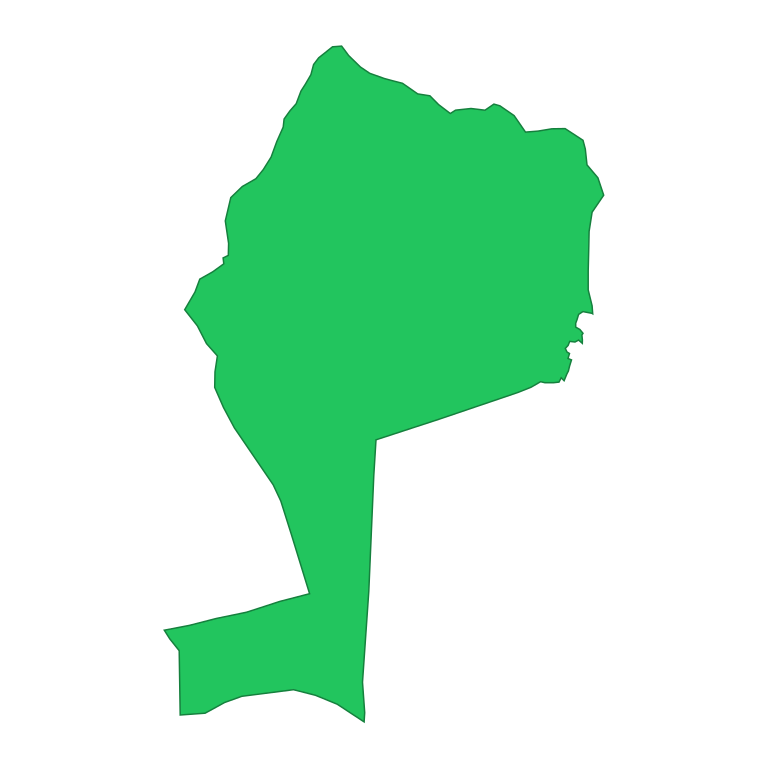 outline of Moniatis, Limassol, Cyprus, rotated 180°
{"feature_id": "46923920B35123648291300", "entity_name": "Moniatis", "entity_type": "district", "adm_level": 2, "iso_a3": "CYP", "parent_name": "Cyprus", "parent_adm1": "Limassol", "projection": "robinson", "projection_center": [32.9, 34.886], "detail": "fine", "context": "isolated", "style": "filled", "palette": "green", "viewbox_px": 768, "rotation_deg": 180, "n_neighbors": 0, "source": "geoboundaries", "source_scale": "gbopen_adm2", "svg_char_len": 1661}
<svg xmlns="http://www.w3.org/2000/svg" viewBox="0 0 768 768"><g transform="rotate(180 384 384)"><path d="M175.3,454.2L175.9,462.2L179.8,478.1L179.8,497.0L179.2,521.6L178.9,536.6L175.9,555.8L164.3,572.8L170.1,590.2L181.0,603.1L182.7,619.0L185.0,627.7L202.9,639.4L216.1,639.2L230.0,636.9L242.5,635.9L253.9,652.4L268.1,662.2L274.1,663.9L283.0,657.8L289.5,658.6L297.0,659.5L311.0,658.0L312.5,657.8L317.7,654.5L329.4,663.4L338.1,672.2L350.3,674.1L365.5,684.7L375.2,687.2L383.7,689.5L398.3,694.7L407.6,701.0L419.4,712.5L423.3,717.8L426.4,721.9L435.5,721.2L449.3,710.2L454.4,703.5L457.1,693.3L462.7,683.7L467.0,677.0L471.8,664.3L478.1,657.1L483.9,649.0L484.8,640.9L491.2,626.5L496.9,610.9L504.8,598.3L512.1,589.3L525.7,581.5L537.2,570.4L542.7,547.1L539.4,524.6L539.7,512.6L544.9,510.1L544.2,504.2L555.4,496.1L568.2,488.9L573.0,476.0L583.3,458.3L570.6,442.1L561.5,424.4L550.6,412.1L553.0,396.2L553.3,380.6L544.5,360.5L533.6,340.1L494.8,283.2L487.2,267.0L476.3,232.5L458.4,174.3L488.1,166.6L521.4,155.8L551.8,149.5L578.7,142.6L603.7,137.8L598.2,129.1L588.8,117.3L587.8,53.0L562.9,54.8L543.4,65.5L526.2,71.7L474.5,78.3L452.5,72.7L430.8,63.8L403.9,46.1L403.3,55.3L405.5,85.8L399.2,176.8L394.2,292.6L392.0,328.2L328.6,348.9L249.9,375.6L236.9,380.8L227.4,386.3L223.2,385.3L214.3,385.3L209.0,385.9L206.8,390.2L203.9,387.3L201.1,394.1L199.6,397.0L198.4,402.0L196.5,408.1L200.0,409.5L198.5,414.5L201.0,416.0L202.7,419.6L199.9,422.6L198.3,426.6L193.0,426.0L189.4,427.9L185.7,424.7L185.6,428.0L186.1,433.0L185.0,434.7L188.1,438.5L192.3,440.9L192.3,444.8L191.0,448.3L189.4,453.6L185.1,456.4L176.1,454.7L175.3,454.2Z" fill="#22c55e" stroke="#15803d" stroke-width="1.5"/></g></svg>